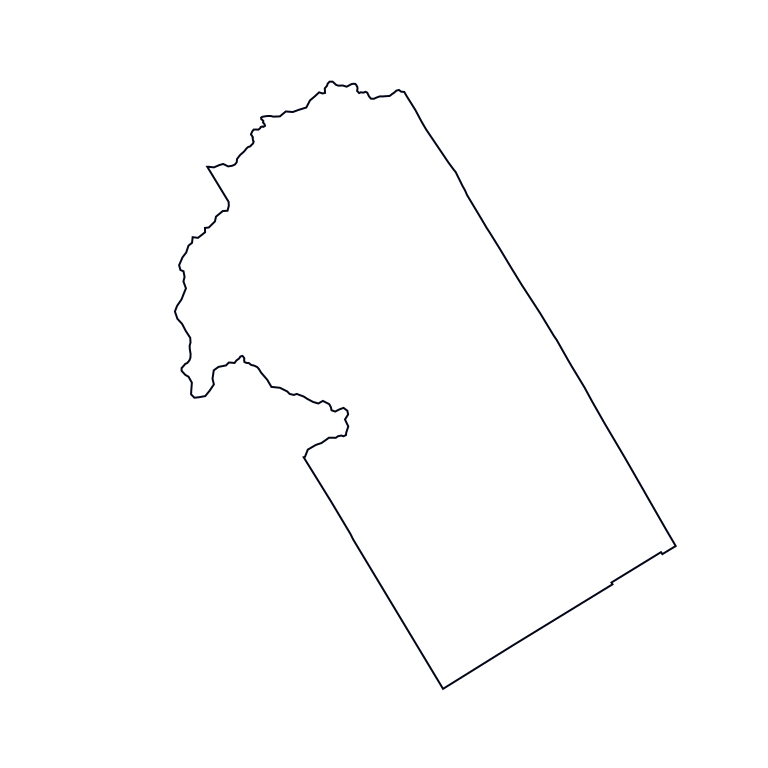 outline of Siskiyou, California, United States of America, rotated 59°
{"feature_id": "52423323B61595109476273", "entity_name": "Siskiyou", "entity_type": "district", "adm_level": 2, "iso_a3": "USA", "parent_name": "United States of America", "parent_adm1": "California", "projection": "equal_earth", "projection_center": [-123.119, 41.501], "detail": "fine", "context": "isolated", "style": "outline", "palette": "ink", "viewbox_px": 768, "rotation_deg": 59, "n_neighbors": 0, "source": "geoboundaries", "source_scale": "gbopen_adm2", "svg_char_len": 3195}
<svg xmlns="http://www.w3.org/2000/svg" viewBox="0 0 768 768"><g transform="rotate(59 384 384)"><path d="M405.4,490.6L457.8,489.9L495.5,490.0L501.1,490.5L675.7,490.4L674.4,407.7L673.4,291.3L671.3,291.3L670.8,233.2L673.2,233.0L673.1,217.4L654.5,217.2L639.0,216.9L614.9,216.4L611.4,216.3L607.3,216.2L606.5,216.2L571.1,215.5L531.9,215.2L505.9,214.6L492.2,214.0L491.9,214.0L490.9,213.9L490.7,213.9L465.2,214.0L457.9,213.9L435.3,213.3L430.2,213.6L403.9,213.7L369.7,214.9L349.8,215.1L327.5,215.1L308.1,215.4L303.5,215.6L291.3,215.5L264.8,215.5L259.6,214.8L255.0,214.7L239.1,213.4L236.8,213.8L227.3,214.7L217.4,215.2L187.6,216.8L178.9,216.7L165.3,216.0L148.9,216.3L148.1,216.3L144.1,216.2L143.6,216.9L142.2,218.8L139.7,219.7L138.9,222.3L139.5,225.0L139.6,227.5L140.0,230.8L138.5,233.7L136.9,236.9L135.3,239.5L134.6,243.0L134.3,245.8L132.6,248.3L129.4,248.7L125.7,248.3L124.1,249.3L123.6,251.7L122.0,253.7L121.8,255.5L118.9,256.1L117.2,254.6L115.8,253.9L113.4,253.8L112.0,254.0L110.8,255.8L110.2,257.3L110.1,259.4L109.9,262.9L106.9,265.6L104.8,269.4L102.9,271.0L98.4,272.3L96.8,275.0L97.6,277.7L99.0,279.2L100.1,282.5L102.6,283.8L104.1,284.6L103.4,286.9L100.6,289.4L101.8,295.2L102.8,301.4L107.0,308.2L105.1,315.8L103.9,322.1L99.8,327.8L101.0,335.4L97.8,341.2L95.9,343.1L94.3,345.8L93.3,348.1L92.3,350.7L92.4,352.2L94.0,352.8L94.8,352.3L96.5,352.0L97.5,353.0L99.7,352.6L101.4,353.0L101.5,353.6L101.4,355.1L100.8,355.3L100.2,357.2L101.0,358.5L101.3,360.6L100.0,362.6L98.8,364.7L99.7,366.9L101.5,369.5L103.9,369.3L104.9,369.3L105.2,369.8L106.3,370.2L108.3,371.0L108.9,370.8L110.1,371.9L110.7,373.4L110.7,374.2L111.1,375.1L111.3,375.9L111.4,376.7L111.1,377.3L110.9,378.7L111.4,380.9L112.5,383.7L112.9,385.5L113.6,389.4L115.4,394.0L118.1,396.1L119.1,398.8L118.7,401.9L117.2,405.5L112.6,408.5L111.6,412.0L110.7,418.2L108.4,421.3L107.6,422.2L106.8,423.6L147.9,423.4L151.4,425.3L154.9,428.9L152.7,433.1L154.0,441.8L157.6,445.2L159.6,453.6L158.0,457.1L161.8,459.2L162.9,468.2L159.6,472.4L164.1,475.8L164.7,480.3L169.4,485.8L171.7,491.6L173.2,493.6L176.6,498.4L181.4,499.8L184.1,497.8L189.5,499.8L192.8,503.1L200.0,504.5L203.5,509.2L207.1,513.8L210.5,521.2L214.2,525.9L221.8,527.5L228.5,526.1L236.3,526.6L244.6,526.3L248.8,528.5L251.1,530.9L254.3,532.6L258.6,534.3L261.8,536.4L263.6,538.7L264.7,541.9L264.4,543.9L265.4,546.8L266.1,549.3L268.4,550.7L269.5,550.5L273.9,549.6L277.1,547.8L283.9,548.0L289.8,552.2L293.5,554.7L298.1,553.6L300.1,549.3L302.3,543.4L299.9,536.8L296.7,530.0L291.2,528.3L284.6,522.9L284.1,517.0L286.7,509.9L285.7,506.1L286.9,504.1L289.0,501.3L287.8,498.3L287.5,495.0L286.5,493.0L286.9,491.0L288.0,490.6L290.0,490.5L291.6,491.7L293.4,492.3L295.2,490.9L296.4,489.1L299.3,488.0L301.4,485.8L304.3,483.9L306.9,483.5L310.9,483.5L320.2,481.9L328.5,482.0L333.6,475.2L340.5,470.8L343.9,470.0L346.9,467.0L347.6,463.9L353.5,459.2L357.1,457.5L362.9,454.0L366.9,450.3L367.0,445.1L373.1,441.3L376.6,441.5L379.5,442.5L382.5,440.0L382.8,435.3L383.6,431.0L388.0,429.2L391.6,430.4L394.3,435.7L402.0,436.5L406.3,441.5L408.2,442.9L407.9,445.7L406.2,447.1L405.1,450.3L405.3,453.0L401.7,458.8L402.4,468.0L401.1,473.8L401.0,483.1L405.7,489.2L405.4,490.6Z" fill="none" stroke="#020617" stroke-width="2"/></g></svg>